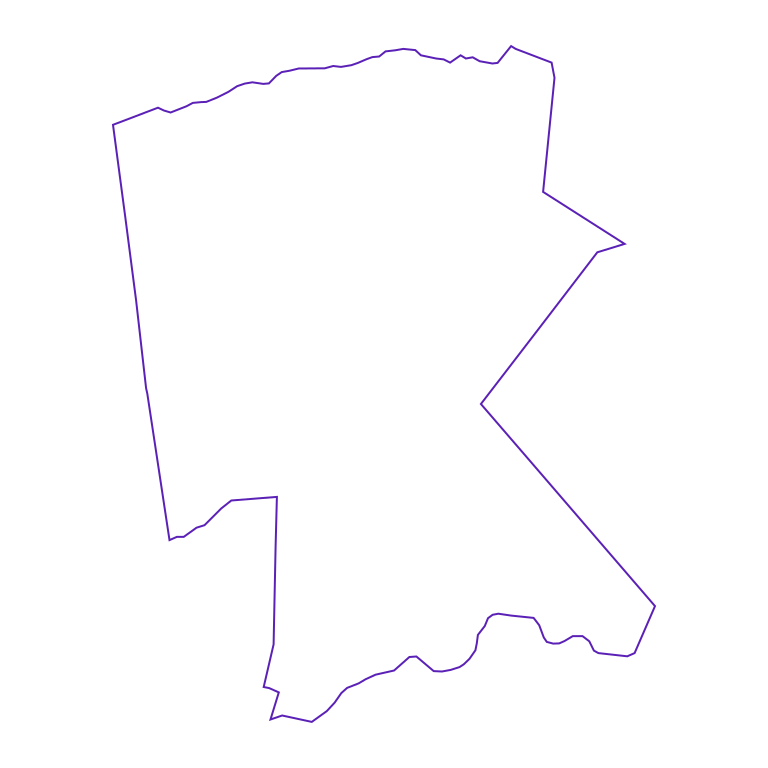 Campo Grande, Rio Grande do Norte, Brazil
{"feature_id": "56859067B93277354074556", "entity_name": "Campo Grande", "entity_type": "district", "adm_level": 2, "iso_a3": "BRA", "parent_name": "Brazil", "parent_adm1": "Rio Grande do Norte", "projection": "mercator", "projection_center": [-37.314, -5.897], "detail": "fine", "context": "isolated", "style": "outline", "palette": "violet", "viewbox_px": 768, "rotation_deg": 0, "n_neighbors": 0, "source": "geoboundaries", "source_scale": "gbopen_adm2", "svg_char_len": 1421}
<svg xmlns="http://www.w3.org/2000/svg" viewBox="0 0 768 768"><path d="M551.6,62.6L515.7,48.9L511.1,46.1L497.6,62.9L492.4,63.5L479.6,61.2L472.7,57.3L465.9,58.5L460.6,55.3L450.1,62.6L443.7,59.4L436.1,58.5L420.9,55.3L415.3,50.1L403.3,48.9L395.2,50.3L385.5,51.4L379.2,56.5L372.4,57.1L366.8,59.1L357.7,63.0L351.3,65.2L341.0,66.9L333.2,66.0L324.8,68.3L298.7,68.5L289.7,70.7L281.7,72.1L276.3,75.8L268.9,83.4L263.3,83.9L252.4,82.3L244.7,83.6L237.1,86.2L228.5,91.8L217.0,97.6L206.3,101.9L201.2,102.1L192.8,102.9L186.4,106.3L170.6,112.5L163.9,110.5L158.0,107.7L113.0,124.8L125.3,217.3L136.1,300.4L146.1,388.3L147.3,393.6L169.5,540.1L176.8,536.9L183.7,536.9L196.5,527.7L204.5,525.2L221.2,508.5L231.3,500.5L276.9,496.9L275.6,546.4L273.6,644.4L263.7,687.0L269.2,688.1L278.8,692.4L270.5,719.5L282.2,715.5L311.8,721.9L326.8,711.1L334.6,702.7L341.3,693.1L347.1,687.9L358.6,683.4L365.7,679.2L375.5,674.7L394.1,670.5L409.4,657.0L416.4,656.5L433.7,671.1L442.0,671.5L450.7,669.9L459.5,667.1L463.8,664.3L469.5,658.8L475.4,650.3L476.8,643.3L477.9,634.9L484.8,626.0L488.0,618.2L492.6,614.8L498.3,613.7L511.3,615.6L533.6,617.9L539.2,625.2L543.8,637.5L546.8,641.9L553.2,643.6L559.2,643.4L564.4,641.1L572.8,636.1L582.5,636.1L589.3,641.3L593.9,650.6L598.4,653.1L627.3,656.3L634.6,653.1L655.0,606.1L528.5,459.2L480.9,404.0L538.1,329.6L597.3,252.3L624.6,243.9L543.1,191.9L554.5,77.8L551.6,62.6Z" fill="none" stroke="#5b21b6" stroke-width="2"/></svg>